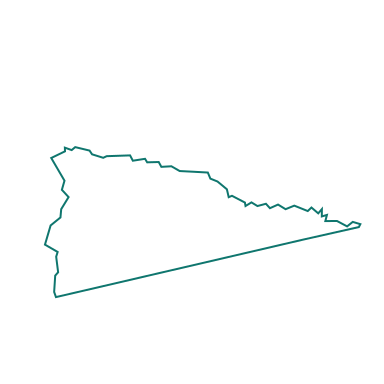 Nicollet, Minnesota, United States of America, rotated 167°
{"feature_id": "52423323B99452137700358", "entity_name": "Nicollet", "entity_type": "district", "adm_level": 2, "iso_a3": "USA", "parent_name": "United States of America", "parent_adm1": "Minnesota", "projection": "equal_earth", "projection_center": [-94.326, 44.306], "detail": "fine", "context": "isolated", "style": "outline", "palette": "teal", "viewbox_px": 384, "rotation_deg": 167, "n_neighbors": 0, "source": "geoboundaries", "source_scale": "gbopen_adm2", "svg_char_len": 872}
<svg xmlns="http://www.w3.org/2000/svg" viewBox="0 0 384 384"><g transform="rotate(167 192 192)"><path d="M348.2,120.2L94.5,120.6L37.3,120.3L35.2,122.8L42.1,126.7L48.6,123.6L57.2,131.1L68.6,133.7L65.7,139.3L71.0,139.0L69.3,146.1L73.8,142.8L79.1,150.0L83.5,147.4L95.4,155.7L104.7,154.2L111.0,160.4L119.7,158.7L122.6,163.9L131.4,163.6L136.4,168.5L143.0,166.3L142.8,169.8L153.9,179.3L157.4,178.7L157.4,186.8L164.8,196.5L171.1,200.9L172.2,207.4L186.7,211.6L199.3,215.2L206.3,221.7L216.2,223.4L217.7,228.7L229.0,231.0L230.3,234.9L242.6,235.8L244.1,241.6L267.1,246.1L270.8,245.3L280.9,251.2L282.5,255.4L295.7,262.0L299.8,259.9L305.9,263.8L306.6,260.2L321.5,256.8L313.7,231.7L318.3,223.4L313.4,214.8L323.3,204.7L325.9,196.8L337.3,191.2L347.1,173.8L336.4,163.8L338.9,159.5L340.5,143.9L344.1,141.3L348.8,125.6L348.2,120.2Z" fill="none" stroke="#0f766e" stroke-width="2"/></g></svg>